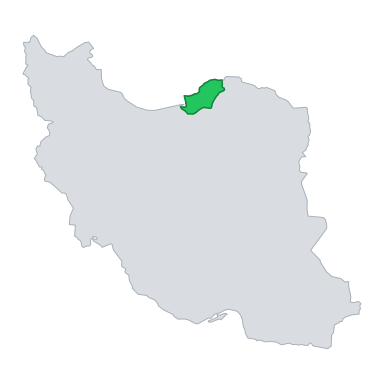 Golestan on a map of Iran (Albers equal-area conic projection)
{"feature_id": "IRN-3213", "entity_name": "Golestan", "entity_type": "Province", "adm_level": 1, "iso_a3": "IRN", "parent_name": "Iran", "parent_adm1": "", "projection": "albers", "projection_center": [55.004, 37.298], "detail": "fine", "context": "in_parent", "style": "filled", "palette": "green", "viewbox_px": 384, "rotation_deg": 0, "n_neighbors": 0, "source": "natural_earth", "source_scale": "10m", "svg_char_len": 4986}
<svg xmlns="http://www.w3.org/2000/svg" viewBox="0 0 384 384"><path d="M184.4,95.7L189.1,96.0L197.6,93.2L198.4,92.5L201.0,86.7L203.9,84.0L209.0,80.9L212.3,79.8L223.8,80.1L224.7,77.8L226.6,76.5L239.1,77.0L241.1,78.7L241.9,82.0L252.4,84.8L254.6,85.7L257.2,88.1L259.4,88.7L262.1,87.4L263.8,88.2L266.5,87.4L274.8,90.7L276.1,94.4L277.6,96.0L279.5,97.5L286.1,100.0L288.2,101.6L293.2,108.2L306.4,107.3L307.4,108.7L307.4,111.7L308.8,118.7L307.9,121.3L309.8,123.5L309.8,127.9L310.7,131.0L309.4,135.3L308.0,136.2L309.1,140.0L307.9,143.7L308.2,145.1L306.3,148.3L306.2,149.5L302.5,152.6L305.6,156.6L301.3,157.1L298.8,161.7L299.8,167.0L299.3,169.8L299.8,171.3L301.0,172.3L306.9,173.0L307.1,173.7L301.3,181.8L301.8,184.8L307.2,200.2L307.0,208.1L308.0,216.1L323.4,217.5L325.2,219.4L326.6,223.8L326.8,227.1L326.5,228.8L310.6,250.4L320.0,260.0L320.5,262.2L326.5,271.8L331.9,276.5L340.8,278.6L345.0,282.0L348.6,281.6L348.7,286.6L350.9,297.0L350.2,301.9L353.4,302.7L358.1,301.5L359.9,302.3L361.0,304.0L359.8,305.1L360.4,309.2L359.2,310.1L359.0,314.1L351.9,314.8L345.4,317.1L343.1,318.7L341.9,321.6L339.7,321.5L339.1,322.6L334.5,324.9L333.4,332.9L331.7,335.0L331.1,346.4L330.0,346.7L327.8,348.7L313.0,345.9L311.3,343.3L309.8,342.9L307.8,345.6L300.4,344.5L298.0,345.1L296.4,344.4L292.5,344.5L289.3,343.1L281.4,344.8L276.4,342.1L271.2,341.5L264.8,341.8L259.6,339.9L256.9,340.8L255.6,339.3L247.9,338.1L245.3,333.1L245.1,330.5L243.2,326.2L242.4,319.8L240.6,315.1L237.3,311.3L228.5,309.2L224.0,310.4L220.6,312.7L215.1,314.0L210.8,318.3L208.3,318.0L198.0,323.8L195.8,323.7L188.2,319.8L184.8,319.0L177.8,319.1L174.1,316.4L173.1,314.5L164.2,310.2L158.7,306.2L157.1,302.7L154.8,300.0L149.4,297.8L146.4,295.4L138.1,294.3L132.5,288.5L132.5,286.7L129.3,280.4L128.9,275.9L128.2,274.7L125.4,272.8L125.0,271.5L125.7,268.7L122.1,266.8L121.6,265.4L121.9,261.1L113.5,250.1L112.0,244.2L110.4,243.9L102.3,247.3L100.1,245.0L93.4,240.9L92.6,239.4L94.3,238.8L96.0,239.6L97.1,238.9L96.8,237.6L95.1,236.7L92.7,236.6L93.3,237.8L91.0,238.8L90.5,240.2L90.7,244.6L89.7,245.8L86.0,246.3L83.6,247.5L81.7,245.8L81.3,242.6L80.1,240.4L78.3,239.5L77.0,237.4L74.6,236.2L75.4,225.2L69.4,224.5L70.0,216.2L73.4,208.1L68.2,200.2L66.2,194.3L64.7,193.1L61.8,193.0L52.6,184.4L49.4,182.1L44.8,181.1L44.5,178.3L45.9,175.4L44.0,171.3L43.5,170.1L41.6,169.5L42.0,167.0L39.5,166.9L35.5,159.7L34.3,158.6L37.3,153.7L35.9,149.3L37.4,145.9L39.7,146.3L40.9,141.7L45.6,137.2L49.4,135.5L49.9,134.1L49.4,131.4L47.4,127.9L48.0,125.2L48.9,123.9L52.9,122.7L53.1,122.1L51.4,121.0L44.7,120.3L41.4,116.7L38.0,115.5L36.7,108.2L36.2,107.2L34.7,106.8L33.8,105.4L33.7,100.6L31.6,98.2L30.5,90.9L30.5,89.2L31.3,87.7L28.0,84.3L28.0,79.5L28.9,78.5L25.0,74.6L23.2,74.3L23.0,73.6L26.7,66.7L28.0,65.1L25.6,63.8L26.0,60.2L25.7,57.1L26.3,54.3L24.8,52.0L24.6,50.7L25.5,47.6L24.0,45.9L23.5,42.4L29.6,42.2L31.2,37.2L33.6,35.3L37.0,38.1L41.4,47.0L44.3,49.8L46.4,52.8L57.4,56.8L59.9,56.1L63.8,56.6L69.1,51.9L71.4,51.4L77.6,46.8L85.0,42.6L88.7,42.1L93.6,48.5L90.4,50.1L89.8,51.6L90.0,53.1L92.3,54.8L92.5,56.5L91.6,57.3L88.4,58.0L87.4,59.6L90.6,62.6L92.1,65.1L93.9,65.8L96.6,69.7L101.2,69.5L101.5,78.4L103.6,85.9L108.3,89.3L120.9,92.4L122.2,93.9L124.1,98.0L127.3,101.0L136.9,107.2L147.7,110.3L155.0,110.4L181.8,104.4L184.3,104.5L180.3,106.1L181.8,106.8L185.2,106.9L186.0,106.2L186.2,105.1L184.4,95.7ZM225.4,315.0L223.6,317.5L221.0,319.7L218.9,319.1L210.8,322.2L208.6,322.0L208.3,321.0L217.3,317.4L217.7,316.4L217.1,314.6L220.0,315.3L223.2,313.8L225.9,313.3L227.1,314.4L225.4,315.0Z" fill="#d9dde1" stroke="#a8b0b8" stroke-width="1"/><path d="M214.5,79.4L214.9,79.4L216.0,79.6L216.6,80.0L216.9,80.1L217.7,80.1L218.0,80.2L218.5,80.4L218.7,80.5L219.0,80.5L221.3,80.0L222.0,80.1L222.2,81.6L222.1,82.2L222.2,83.0L222.4,83.9L222.4,84.4L222.0,85.7L222.1,86.7L222.7,87.4L223.5,87.8L224.2,88.3L224.5,89.6L223.6,90.8L221.6,91.6L221.2,91.6L220.7,91.9L220.2,92.3L219.0,92.9L217.7,95.1L217.2,95.6L216.5,96.1L213.5,101.0L212.1,104.1L211.8,106.4L211.2,107.9L210.3,108.3L204.3,107.5L202.8,107.7L199.9,109.4L197.0,111.6L195.9,112.7L193.5,113.9L192.4,114.1L191.0,113.9L187.7,113.9L187.0,112.9L185.2,111.0L181.5,108.7L180.9,107.6L180.8,107.1L180.7,106.8L183.3,107.1L183.6,107.3L183.8,107.4L186.0,106.8L186.2,106.6L186.3,106.3L186.3,104.1L186.2,103.7L185.7,103.5L185.7,103.2L186.1,102.4L185.7,101.8L185.5,101.0L185.1,99.2L184.6,97.9L184.5,97.6L184.4,95.8L189.0,96.2L189.3,96.2L189.6,96.1L189.9,95.8L190.2,95.6L190.6,95.5L191.0,95.6L191.4,95.6L192.0,95.4L194.8,93.8L195.2,93.7L196.2,93.9L196.6,93.9L196.8,93.8L197.3,93.4L197.6,93.2L197.8,93.0L198.6,92.5L199.0,92.2L199.2,91.7L199.4,91.2L199.4,90.9L199.5,90.3L199.4,90.2L199.2,89.9L199.1,89.3L199.4,88.7L199.4,88.2L199.5,87.9L199.8,87.6L200.3,87.0L202.8,85.3L203.6,84.4L203.7,84.2L203.8,83.9L204.0,83.8L204.2,83.7L204.4,83.7L204.5,83.5L204.7,83.1L204.8,83.0L205.2,82.9L206.1,82.7L206.3,82.6L206.5,82.3L206.8,82.1L207.6,81.8L207.8,81.8L208.1,81.5L208.5,81.3L209.7,80.3L210.1,80.2L211.2,80.1L214.5,79.4Z" fill="#22c55e" stroke="#15803d" stroke-width="1.5"/></svg>